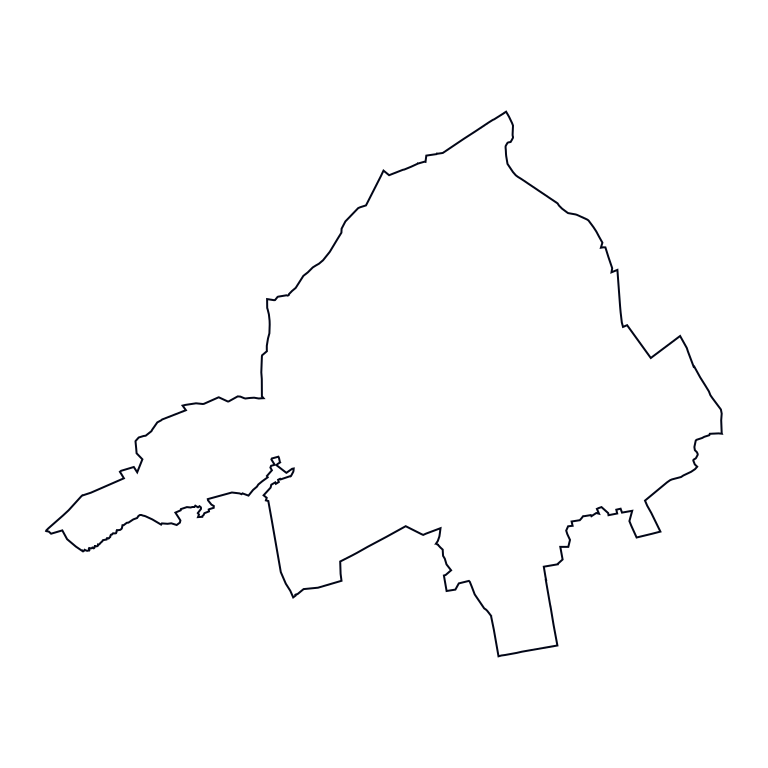 the district of Zasas pag., Jekabpils, Latvia
{"feature_id": "27541924B5500268657762", "entity_name": "Zasas pag.", "entity_type": "district", "adm_level": 2, "iso_a3": "LVA", "parent_name": "Latvia", "parent_adm1": "Jekabpils", "projection": "mercator", "projection_center": [25.994, 56.276], "detail": "fine", "context": "isolated", "style": "outline", "palette": "ink", "viewbox_px": 768, "rotation_deg": 0, "n_neighbors": 0, "source": "geoboundaries", "source_scale": "gbopen_adm2", "svg_char_len": 5978}
<svg xmlns="http://www.w3.org/2000/svg" viewBox="0 0 768 768"><path d="M81.6,550.5L82.1,550.4L82.4,551.0L83.0,551.4L83.9,550.9L84.6,549.8L85.6,550.3L87.1,550.8L87.9,550.7L88.3,550.5L89.2,550.5L89.4,550.1L88.9,548.8L88.9,548.4L89.2,548.0L90.8,548.4L91.8,548.2L92.3,547.6L92.8,547.5L93.1,548.0L93.4,548.2L93.7,548.3L93.8,548.2L94.3,547.9L94.7,546.9L94.9,546.0L95.4,546.0L95.8,546.3L96.4,546.3L97.2,546.2L97.7,545.9L98.0,545.5L97.9,545.0L98.0,544.4L98.8,544.5L99.3,544.3L100.6,542.8L102.4,541.2L102.8,540.3L103.3,540.1L106.6,539.5L106.8,539.0L106.7,538.7L106.8,538.5L107.1,538.1L108.0,538.3L108.5,538.5L108.9,538.3L109.5,537.5L110.0,537.2L110.3,536.8L110.3,536.2L110.8,534.9L111.4,534.5L111.7,534.6L112.0,534.5L112.7,533.8L112.9,533.4L113.2,533.3L114.5,533.4L115.8,533.3L116.1,533.1L116.6,531.7L116.5,531.2L116.9,530.1L117.9,530.1L118.0,530.2L120.1,529.9L121.4,529.0L121.9,528.2L122.5,525.2L123.6,525.2L126.8,522.8L128.5,522.6L133.3,519.4L137.1,518.0L138.5,515.9L140.0,515.0L141.3,515.0L143.3,515.7L144.1,515.8L145.6,516.3L152.3,519.4L161.1,524.6L161.9,523.4L167.6,523.8L171.3,523.3L176.7,525.0L179.9,522.6L180.4,520.4L175.4,512.6L180.7,510.3L180.9,509.1L186.9,507.1L190.7,507.5L192.3,507.0L194.4,507.0L195.3,505.7L198.0,507.3L199.5,506.2L200.9,507.4L201.0,508.9L197.8,513.1L199.0,514.6L198.0,517.1L202.3,516.8L202.4,516.1L203.6,515.0L204.4,513.2L209.0,511.4L208.7,509.5L209.5,509.1L213.7,507.8L213.8,506.0L211.4,504.6L208.0,500.3L207.8,499.1L231.9,492.5L239.5,493.4L241.6,494.2L242.5,493.4L248.5,495.6L253.1,489.9L256.9,486.7L258.3,484.5L262.2,481.3L267.7,477.3L266.9,476.0L271.9,470.3L270.4,467.6L271.1,465.8L274.7,464.8L271.4,459.5L271.8,458.5L278.4,456.7L279.0,458.0L279.9,462.1L280.1,462.4L277.6,464.0L276.4,465.1L286.2,472.7L286.5,472.8L287.0,472.4L292.1,468.8L293.7,468.5L293.5,470.6L293.3,471.7L291.0,476.0L290.6,476.3L290.4,476.1L280.6,479.4L280.1,478.8L278.1,479.8L278.8,482.0L275.9,483.8L275.3,482.4L271.3,484.7L270.6,487.6L263.6,495.3L266.7,497.8L265.9,500.4L268.3,501.0L271.6,519.3L280.8,572.1L285.8,583.7L290.3,590.8L293.2,597.4L295.7,595.5L295.8,595.3L295.5,594.7L296.4,594.3L297.4,594.2L303.6,589.1L318.0,587.7L341.5,580.8L340.6,573.9L340.2,561.5L352.2,555.4L356.9,552.9L367.9,546.7L386.5,536.8L405.7,526.2L421.4,534.1L423.2,534.9L426.1,533.6L440.5,528.2L439.9,533.0L439.4,536.4L437.8,541.0L436.0,543.7L436.4,543.7L437.0,544.3L438.0,544.7L438.0,544.9L440.5,547.6L442.7,549.6L443.0,554.9L443.1,555.9L444.8,558.7L446.5,564.4L451.1,570.3L445.6,575.0L443.9,575.5L446.6,591.0L455.4,589.6L458.8,583.4L468.9,580.9L469.8,581.8L471.9,587.0L474.7,594.4L484.2,608.4L486.0,609.6L487.3,610.9L491.2,616.0L491.1,616.3L493.8,629.5L497.3,649.4L498.5,656.3L501.4,655.5L505.1,655.0L516.7,652.9L521.9,651.7L557.4,645.5L553.6,625.1L550.5,606.4L550.4,606.4L545.8,579.9L546.1,579.9L545.5,577.0L543.8,566.7L557.7,564.3L557.6,564.0L562.6,559.5L560.3,546.9L568.3,546.9L570.0,539.9L567.3,534.1L566.2,530.6L568.1,526.3L572.6,525.8L571.6,521.5L579.8,520.2L581.5,518.3L583.1,516.2L584.7,516.1L590.8,515.1L591.4,516.2L596.3,513.0L599.0,513.7L596.9,508.9L598.6,508.1L601.5,507.1L608.2,513.1L608.5,515.2L617.2,513.5L616.3,509.7L620.6,508.7L622.0,512.6L632.2,510.8L629.4,521.1L631.3,525.8L636.6,537.5L651.9,533.8L660.4,531.6L651.3,513.0L647.2,505.7L645.0,500.6L667.1,482.3L670.1,480.2L672.0,479.4L681.1,477.0L683.3,475.5L691.1,471.8L695.1,469.1L697.2,466.7L694.8,464.4L693.3,460.6L693.5,459.8L693.7,459.6L695.7,458.4L696.2,457.7L697.7,454.8L697.7,454.1L697.1,452.6L696.8,452.1L694.9,450.2L694.7,449.1L694.4,447.2L694.4,446.9L695.7,440.8L695.8,440.5L696.6,439.8L702.1,438.0L704.3,436.8L709.3,435.2L709.8,433.8L718.5,433.4L721.9,433.7L721.7,433.2L721.2,420.2L721.7,413.6L720.9,409.5L712.4,398.1L710.4,395.2L708.9,391.4L705.6,386.0L700.2,377.4L694.2,366.5L693.7,366.8L687.9,351.4L686.8,348.0L680.1,336.0L650.8,358.0L627.1,325.2L623.0,326.9L621.8,322.4L620.6,312.1L620.1,306.5L617.4,269.9L611.5,272.3L612.2,268.2L608.4,257.0L605.4,247.4L603.3,247.3L600.9,247.7L602.4,242.7L602.2,242.3L598.9,236.4L596.3,231.5L593.5,227.2L588.6,220.6L588.0,220.1L586.9,219.4L576.8,214.8L575.4,214.4L568.1,213.1L567.6,212.8L562.1,208.7L559.1,205.7L558.7,205.1L558.4,204.7L557.6,203.4L521.2,178.9L517.8,176.8L515.8,175.3L513.0,172.1L507.5,163.9L506.2,156.1L506.0,154.1L505.8,149.9L505.6,147.9L505.6,146.4L505.7,146.0L506.4,144.7L507.4,143.0L507.7,142.7L508.4,142.4L510.6,142.0L511.8,140.0L512.9,137.9L513.0,137.5L513.0,136.9L512.8,136.3L512.6,135.2L512.6,134.4L513.0,125.6L512.1,123.2L509.1,116.9L506.1,111.7L504.2,112.9L504.2,113.0L494.2,119.3L492.8,119.9L488.5,122.6L476.2,130.8L463.7,138.9L442.9,152.9L441.9,153.1L437.7,153.7L437.0,153.5L436.6,154.1L426.3,155.6L425.5,161.9L424.5,161.7L418.2,163.5L417.8,163.4L417.7,163.7L411.2,166.7L404.4,169.5L402.9,169.8L389.1,175.2L383.5,170.6L380.9,176.1L366.0,205.4L360.3,207.2L358.2,208.1L345.4,221.4L341.6,228.7L341.4,232.7L337.5,239.0L329.8,251.8L323.1,260.2L319.0,263.7L316.0,265.4L312.8,267.4L307.8,272.4L303.4,275.8L295.7,287.9L292.0,291.0L289.0,294.1L288.9,294.5L288.8,295.0L288.2,295.4L287.7,295.6L286.4,295.3L278.0,296.7L277.5,297.0L275.1,300.0L274.9,300.1L273.5,300.1L267.1,299.1L267.2,308.0L267.6,309.2L268.9,314.4L269.6,320.8L269.7,324.5L269.4,333.3L268.0,338.5L266.8,345.8L266.8,349.7L266.9,351.2L262.1,355.3L261.9,356.3L261.3,372.4L261.8,379.0L261.9,396.3L263.5,398.2L261.3,398.3L258.8,398.5L254.1,397.7L249.5,398.0L245.4,398.5L244.2,398.2L240.3,396.6L237.7,396.4L228.7,401.4L228.0,401.5L227.4,401.3L218.8,397.3L218.4,397.4L204.0,403.8L202.8,404.0L196.0,403.3L185.5,404.9L182.6,405.6L185.9,410.2L162.1,419.5L161.2,420.3L157.3,422.4L152.2,429.7L151.4,431.2L145.7,435.7L143.6,436.0L138.7,437.5L135.6,441.0L135.5,441.4L136.2,448.4L136.6,453.3L142.4,459.3L137.2,472.3L133.8,467.0L121.1,470.8L119.9,471.8L121.5,474.3L123.9,478.3L90.9,492.7L82.4,495.5L82.3,495.4L81.2,496.4L68.6,510.3L63.1,515.4L48.3,528.4L46.4,530.3L46.1,531.0L46.6,531.2L48.4,531.5L48.8,531.6L51.1,533.7L62.3,530.4L67.1,539.2L75.9,546.6L81.6,550.5Z" fill="none" stroke="#020617" stroke-width="2"/></svg>